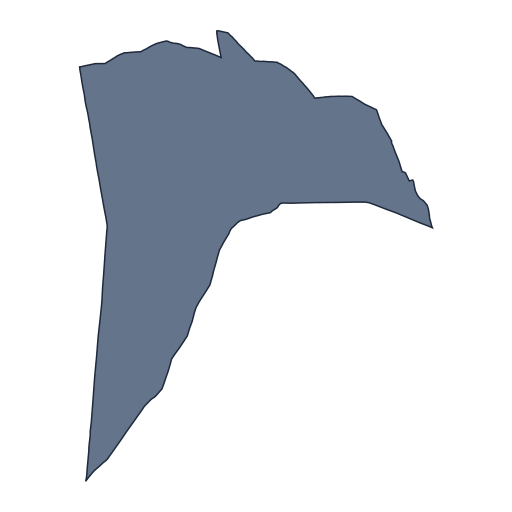 the district of Al-Zubair, Al-Basrah, Iraq
{"feature_id": "34846034B69957241231378", "entity_name": "Al-Zubair", "entity_type": "district", "adm_level": 2, "iso_a3": "IRQ", "parent_name": "Iraq", "parent_adm1": "Al-Basrah", "projection": "mercator", "projection_center": [47.115, 29.902], "detail": "fine", "context": "isolated", "style": "filled", "palette": "slate", "viewbox_px": 512, "rotation_deg": 0, "n_neighbors": 0, "source": "geoboundaries", "source_scale": "gbopen_adm2", "svg_char_len": 3913}
<svg xmlns="http://www.w3.org/2000/svg" viewBox="0 0 512 512"><path d="M387.4,133.5L384.9,129.6L383.2,126.8L381.8,124.7L380.7,121.6L379.1,117.5L378.1,114.3L376.5,109.8L373.3,108.3L370.8,107.0L367.8,105.7L364.7,104.2L362.2,102.6L359.2,100.7L356.8,99.4L354.7,98.1L352.1,96.5L348.7,96.3L345.7,96.2L341.8,96.3L338.7,96.2L334.7,96.4L332.5,96.4L330.3,96.5L327.7,96.8L325.2,96.9L322.9,97.4L321.9,97.4L320.9,97.5L318.5,97.8L316.1,97.9L315.4,98.2L314.6,98.0L313.4,96.0L311.7,93.8L310.1,91.8L308.2,89.5L306.5,87.4L304.5,85.3L302.8,83.2L301.1,81.4L298.8,78.8L296.8,76.4L295.0,74.2L293.4,72.6L291.4,71.3L290.2,70.3L289.1,69.5L286.4,67.5L284.4,66.5L282.6,65.3L280.7,64.1L278.4,63.2L277.3,62.3L275.0,62.2L273.0,61.9L269.7,61.8L266.4,61.6L263.4,61.3L260.5,61.5L257.9,61.1L254.8,61.0L252.6,58.2L250.7,56.4L248.3,53.9L246.2,52.0L243.8,49.2L240.9,46.4L238.0,43.6L236.1,41.1L234.4,39.5L232.4,37.1L230.3,35.4L229.3,34.3L228.8,33.8L228.0,32.9L227.5,32.8L224.8,32.2L222.2,31.6L220.0,31.2L217.8,30.7L216.8,30.9L216.8,33.2L217.2,36.1L217.6,39.0L218.0,41.4L219.0,46.8L220.2,52.9L220.6,54.9L221.2,57.5L220.6,57.3L218.2,56.3L215.7,55.2L209.4,52.7L204.0,50.5L199.5,48.6L197.3,48.2L195.9,48.1L192.6,47.8L191.6,47.7L189.3,47.5L187.6,47.5L186.5,47.4L185.6,47.0L184.9,46.5L184.1,46.3L182.8,45.7L181.1,44.7L179.2,44.0L177.7,43.6L176.0,43.4L173.2,43.2L171.8,42.7L170.6,42.5L169.0,41.8L167.9,41.3L166.8,41.0L165.9,41.1L163.2,41.7L160.6,42.4L158.3,43.0L156.8,43.4L155.3,44.1L153.6,44.8L152.9,45.2L151.8,45.7L148.8,47.3L147.2,48.3L146.1,49.0L143.8,50.0L140.9,51.7L139.7,51.8L137.7,51.9L134.9,52.0L133.8,52.1L132.3,52.3L131.1,52.3L128.4,52.6L126.9,52.7L125.1,52.8L124.0,52.8L123.7,53.1L122.2,53.7L120.8,54.2L119.1,55.0L117.2,55.9L115.0,57.4L112.5,58.9L110.0,60.5L107.1,62.2L105.2,63.5L102.4,63.6L98.1,63.6L95.4,63.6L94.0,63.9L92.1,64.3L89.3,64.9L86.8,65.4L82.0,66.5L80.5,66.8L79.6,66.9L79.8,68.8L80.0,70.4L80.9,75.2L81.8,81.3L82.9,87.6L84.3,94.5L85.2,101.4L86.1,106.1L87.7,112.8L88.8,119.3L89.8,124.5L89.9,126.2L90.6,130.0L92.2,138.6L94.6,154.4L96.4,164.4L96.4,165.2L97.5,171.5L99.0,179.1L100.4,187.6L102.0,196.4L104.3,209.4L105.9,217.4L107.1,224.8L107.2,227.3L106.8,231.0L104.9,255.7L104.5,262.0L103.7,273.5L102.6,287.6L101.9,300.9L101.5,305.7L100.0,320.0L98.2,336.2L96.5,357.4L95.4,369.1L94.6,378.0L93.6,391.9L92.2,410.5L91.4,421.2L90.2,431.4L90.2,435.3L89.3,443.3L88.9,447.3L88.8,451.1L87.4,466.4L87.0,470.9L86.8,474.8L86.3,478.4L85.6,481.3L88.7,477.2L92.1,473.1L93.9,471.1L96.6,468.6L98.8,466.8L102.7,463.1L106.1,460.4L107.8,458.6L108.9,456.8L110.2,455.1L116.2,446.6L118.2,443.8L121.0,439.8L126.7,431.4L132.2,423.7L137.8,415.8L141.4,410.7L144.1,406.7L145.9,404.7L147.9,402.7L150.6,399.9L152.1,398.6L154.3,397.3L156.0,395.7L158.1,393.3L161.9,389.0L163.6,384.5L166.1,377.1L168.2,371.1L170.5,363.2L171.2,360.5L171.7,358.8L175.4,353.4L179.2,348.2L184.8,339.8L187.3,335.9L189.7,328.0L192.1,321.6L194.3,313.0L196.0,307.7L199.1,301.9L206.9,289.8L209.9,284.9L211.3,279.9L212.5,275.9L213.4,271.7L214.6,267.5L216.2,262.0L217.2,257.9L218.3,254.2L219.4,250.2L221.8,245.8L223.6,242.4L227.0,236.7L228.8,233.8L229.8,231.2L231.3,228.5L232.7,227.3L236.1,224.1L237.6,222.5L240.7,220.5L243.7,219.9L247.7,218.8L250.8,217.6L254.3,216.5L257.1,215.8L262.7,214.2L266.8,213.4L270.5,212.6L272.0,211.1L273.8,209.8L275.9,208.7L277.6,207.3L278.5,205.6L280.6,203.4L283.4,203.0L290.9,203.2L297.5,203.0L315.2,202.6L339.3,202.4L353.9,202.1L365.4,202.1L368.1,202.6L369.0,202.7L374.8,204.8L386.1,209.2L396.2,212.9L419.8,222.8L428.2,226.0L428.6,226.2L432.4,227.8L431.4,225.1L430.5,221.3L429.6,218.3L429.4,215.4L428.4,209.1L427.2,205.3L423.5,200.8L420.1,198.6L417.8,195.8L415.5,191.2L414.1,185.0L413.6,181.8L412.7,180.0L409.2,180.9L407.7,177.6L405.6,173.1L404.4,172.2L402.1,171.7L401.5,169.7L398.8,160.9L394.7,150.9L392.9,145.8L392.1,144.2L391.4,142.2L391.7,141.1L391.3,140.4L390.8,139.7L389.8,137.8L388.7,135.9L387.4,133.5Z" fill="#64748b" stroke="#1e293b" stroke-width="1.5"/></svg>